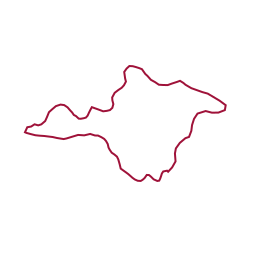 Beylagan District, Beyləqan, Azerbaijan (Equal Earth projection), rotated 254°
{"feature_id": "54616110B20470092766685", "entity_name": "Beylagan District", "entity_type": "district", "adm_level": 2, "iso_a3": "AZE", "parent_name": "Azerbaijan", "parent_adm1": "Beyləqan", "projection": "equal_earth", "projection_center": [47.705, 39.846], "detail": "fine", "context": "isolated", "style": "outline", "palette": "rose", "viewbox_px": 256, "rotation_deg": 254, "n_neighbors": 0, "source": "geoboundaries", "source_scale": "gbopen_adm2", "svg_char_len": 1712}
<svg xmlns="http://www.w3.org/2000/svg" viewBox="0 0 256 256"><g transform="rotate(254 128 128)"><path d="M152.3,27.8L151.3,29.0L149.1,32.6L146.6,36.9L145.1,40.6L143.4,45.3L141.9,48.8L140.1,53.1L138.0,56.9L136.5,60.1L135.1,63.1L134.9,65.9L135.1,78.1L133.0,83.9L132.7,90.0L129.9,94.2L129.0,97.1L126.5,99.9L124.1,102.1L121.5,103.3L118.2,104.1L114.5,103.9L112.2,104.4L108.8,105.5L106.3,107.6L103.5,109.5L100.5,110.0L95.4,110.0L91.0,109.8L88.7,111.6L85.8,113.9L83.7,115.5L80.3,117.7L79.0,118.5L76.7,120.3L74.6,122.8L73.6,125.6L74.2,127.8L75.3,130.1L77.7,133.1L77.0,135.2L75.0,136.6L71.6,138.5L69.0,141.6L68.8,143.5L70.5,145.0L72.6,146.5L74.9,148.0L76.5,149.9L76.2,153.8L74.9,154.5L77.9,159.5L82.8,164.5L90.6,166.1L95.2,168.4L99.4,173.7L102.4,180.4L102.6,184.2L107.8,188.1L113.2,190.4L118.6,194.0L122.7,198.8L122.9,207.3L119.6,212.9L117.9,219.1L118.5,226.0L120.5,227.0L123.0,228.2L129.1,223.5L139.1,214.1L142.0,209.4L145.3,204.8L148.8,199.9L153.7,195.2L156.0,193.7L159.0,191.0L158.8,187.9L158.6,182.2L158.3,178.0L159.7,173.5L161.1,169.6L164.6,166.7L168.0,163.3L172.8,161.0L175.2,159.5L180.7,157.6L182.6,155.1L184.4,152.4L186.1,149.6L187.2,146.4L185.5,143.0L182.9,139.8L176.4,138.9L173.2,138.8L170.2,135.9L168.4,133.0L167.2,129.2L165.5,124.9L161.7,121.2L158.9,120.6L155.0,120.5L151.7,118.5L150.2,115.6L150.3,112.5L150.9,108.7L151.9,107.4L154.2,104.3L155.9,101.9L158.0,99.0L156.3,97.3L153.5,94.7L151.0,92.6L149.6,90.4L149.6,88.2L149.9,85.1L150.6,83.2L153.8,81.3L155.5,79.5L158.3,78.6L161.0,77.2L164.5,75.6L167.6,73.0L169.1,69.6L168.9,64.7L166.9,60.3L165.0,56.4L160.8,53.1L157.5,50.3L155.4,45.7L155.3,42.4L157.3,39.2L156.1,35.3L156.5,31.4L152.9,28.3L152.3,27.8Z" fill="none" stroke="#9f1239" stroke-width="2"/></g></svg>